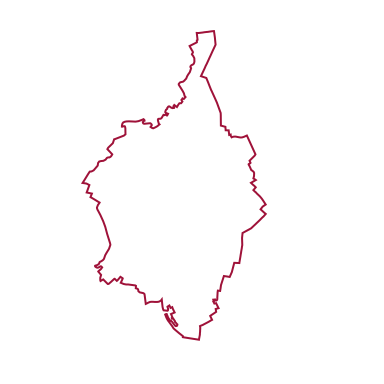 Nam Tu Liem, Ha Noi, Vietnam, rotated 46°
{"feature_id": "81297802B23821385944469", "entity_name": "Nam Tu Liem", "entity_type": "district", "adm_level": 2, "iso_a3": "VNM", "parent_name": "Vietnam", "parent_adm1": "Ha Noi", "projection": "albers", "projection_center": [105.76, 21.018], "detail": "fine", "context": "isolated", "style": "outline", "palette": "rose", "viewbox_px": 384, "rotation_deg": 46, "n_neighbors": 0, "source": "geoboundaries", "source_scale": "gbopen_adm2", "svg_char_len": 5910}
<svg xmlns="http://www.w3.org/2000/svg" viewBox="0 0 384 384"><g transform="rotate(46 192 192)"><path d="M91.5,64.4L91.4,64.5L89.7,66.7L87.8,69.4L87.2,70.1L86.3,71.3L85.6,72.2L84.8,73.4L82.3,76.7L80.9,78.1L86.4,82.3L86.3,83.2L87.7,84.5L87.5,85.3L85.3,92.3L86.2,92.6L89.9,93.6L90.7,93.7L92.1,94.2L92.5,95.1L92.8,96.4L93.1,96.5L95.1,96.7L97.4,97.4L99.9,99.7L100.7,101.0L101.0,102.0L100.9,102.8L100.4,104.3L100.5,105.7L100.9,106.3L102.3,106.6L103.4,108.6L104.3,110.4L104.8,113.1L105.4,115.2L106.4,117.4L106.5,119.7L106.6,120.1L106.4,121.9L105.7,123.0L104.9,124.3L105.0,126.3L105.6,127.0L107.5,127.4L110.4,128.0L113.1,128.6L115.5,129.3L117.7,130.6L119.2,130.7L119.4,133.3L118.1,133.8L118.5,135.4L118.5,135.7L120.3,136.1L120.6,138.1L120.0,138.8L119.4,139.4L119.4,139.5L119.8,141.7L120.2,142.9L120.2,143.1L120.4,143.8L119.0,144.0L117.8,144.2L117.1,144.3L117.4,145.8L119.0,146.2L119.1,146.4L119.0,146.7L118.5,147.1L118.0,147.9L116.4,148.5L115.0,148.7L114.7,148.8L114.2,149.4L114.1,149.9L114.3,150.7L114.3,151.3L114.9,152.0L114.9,152.7L114.8,153.5L115.0,154.1L115.6,155.3L116.0,155.8L116.7,155.9L119.1,154.9L119.7,156.7L119.4,157.0L118.0,157.0L117.7,158.3L116.7,158.9L117.0,160.1L117.6,162.3L117.6,163.2L117.4,163.8L116.3,165.0L116.0,165.5L116.3,166.3L117.0,166.9L119.8,168.4L120.8,168.4L120.7,169.2L120.6,171.1L120.2,172.8L119.6,174.7L119.5,174.9L119.2,175.7L118.0,176.3L116.4,176.6L116.1,174.8L115.9,174.4L115.1,174.1L114.3,174.1L113.5,174.3L112.6,175.4L109.8,178.9L109.4,179.2L108.7,179.4L107.5,178.8L107.5,177.0L107.7,176.6L107.0,176.2L105.9,176.3L105.4,177.7L103.9,181.2L102.2,183.7L97.4,188.2L95.8,190.0L94.8,191.5L94.2,193.1L94.4,194.4L95.4,196.1L96.3,197.0L96.7,196.6L97.4,195.1L98.2,194.7L99.0,195.1L99.9,195.7L104.3,199.8L104.1,201.9L100.7,210.0L100.4,210.7L100.0,211.4L101.9,215.0L101.9,221.5L102.4,223.1L109.5,223.2L109.8,224.1L110.1,225.5L110.0,226.5L109.8,227.3L108.9,228.3L108.5,229.1L108.4,229.7L108.5,230.4L108.7,231.7L108.0,234.1L106.5,236.0L105.6,237.6L105.9,239.4L107.5,241.5L108.1,247.7L107.4,250.0L106.3,251.4L106.9,254.1L108.7,261.1L109.5,264.4L112.7,262.0L115.7,261.0L119.2,268.1L123.6,265.1L125.2,268.6L126.8,268.1L130.9,267.0L134.1,266.2L135.4,265.8L135.6,266.4L136.0,268.7L136.9,270.6L137.1,271.1L137.8,271.7L139.2,272.3L140.4,272.6L141.1,272.8L144.9,273.9L151.4,276.2L156.8,278.6L163.3,282.2L168.5,284.8L171.9,286.5L173.3,287.4L175.2,291.1L176.4,295.7L177.2,298.4L178.3,300.5L179.0,302.0L179.1,303.4L178.8,305.3L178.3,306.8L178.3,307.3L178.6,307.8L179.1,309.1L178.9,310.2L178.4,311.8L177.8,312.6L177.8,313.1L178.1,313.3L178.8,313.4L180.0,313.1L181.0,312.4L181.5,311.2L181.8,309.7L182.1,309.2L182.5,309.0L183.8,309.0L184.2,311.0L184.1,312.5L184.0,314.3L184.1,314.7L188.5,315.0L190.0,317.6L191.8,319.3L192.5,319.6L193.2,316.6L199.6,316.5L200.2,315.8L200.4,312.6L200.5,308.3L200.7,307.9L203.7,307.8L203.8,307.0L203.6,305.2L203.5,304.1L203.4,303.4L203.3,302.4L205.9,301.8L206.1,301.9L206.5,302.9L206.8,303.6L207.5,305.5L207.8,306.3L210.8,305.0L212.8,303.6L214.1,302.2L219.8,297.7L220.6,297.5L222.2,299.3L223.9,298.4L224.7,298.5L226.2,299.5L227.9,299.3L230.7,297.4L231.6,297.1L232.4,297.1L233.3,297.7L240.4,303.0L240.6,302.5L241.2,300.4L241.9,298.6L242.6,297.7L243.7,296.5L245.5,294.9L246.9,293.4L247.8,292.2L248.3,290.9L248.5,289.6L248.3,288.4L251.6,291.0L254.2,293.0L256.2,294.2L257.4,294.6L259.8,292.6L260.4,292.1L260.4,291.5L259.5,290.3L257.5,289.4L257.5,289.2L257.9,287.1L260.5,287.9L260.9,286.8L261.1,286.2L262.6,286.9L266.6,288.2L265.2,291.9L266.1,292.2L268.6,293.2L268.6,294.1L269.3,294.3L269.8,293.4L273.1,294.0L273.7,294.5L274.8,294.4L276.6,294.6L277.1,294.5L277.5,295.0L277.8,295.8L277.6,296.3L277.2,296.8L276.6,297.0L274.8,296.9L271.8,296.5L270.1,296.5L269.7,297.1L267.7,296.8L266.0,296.5L264.7,296.0L262.2,295.0L261.8,295.5L261.6,295.9L261.5,296.4L262.7,296.9L264.1,297.5L265.9,298.1L267.9,298.6L269.2,298.7L269.7,298.8L275.0,299.5L277.1,300.0L277.5,300.0L279.1,299.9L284.9,299.3L287.0,299.0L289.5,298.7L290.1,299.4L291.2,298.6L303.1,289.6L302.4,288.7L301.7,287.7L300.3,285.7L300.0,285.3L299.7,285.1L299.3,284.6L299.1,284.4L297.9,283.0L297.3,282.4L297.0,282.1L296.4,281.4L296.1,281.2L295.9,280.9L295.6,280.5L294.0,279.4L294.4,278.3L295.2,276.4L295.2,276.2L296.2,272.8L297.0,270.0L297.1,269.6L297.2,269.0L297.4,268.4L297.5,267.8L297.6,267.4L297.9,266.4L293.8,265.0L293.9,264.5L293.9,264.0L294.1,263.0L294.5,260.8L295.0,257.9L292.6,256.2L294.0,253.6L288.7,251.9L287.8,253.4L285.5,252.7L285.8,251.9L284.3,251.4L285.3,250.1L285.9,250.5L286.4,250.3L287.0,249.8L287.1,249.3L286.7,248.3L286.2,247.8L285.6,247.2L281.7,243.0L280.9,241.9L282.7,240.5L281.0,238.2L279.1,235.8L274.6,227.4L278.3,224.6L279.3,223.9L277.3,219.0L272.3,210.8L276.0,207.3L275.6,206.8L274.7,205.6L272.2,202.2L270.9,200.5L269.6,198.7L269.1,198.1L267.0,195.2L266.1,194.1L265.1,192.7L259.8,187.9L259.4,187.4L256.6,184.1L259.2,174.7L259.3,164.1L259.3,162.7L259.2,159.9L259.2,158.4L259.3,157.8L259.1,155.4L259.0,154.2L257.0,154.4L252.1,154.7L251.6,151.3L252.2,147.7L247.6,146.8L246.4,146.6L245.1,146.4L242.3,146.2L237.9,146.4L236.7,146.3L235.2,146.5L233.3,146.5L233.3,146.3L232.9,142.9L232.3,142.9L230.8,142.9L229.2,143.1L226.4,143.2L227.7,137.8L226.5,138.0L224.9,138.4L223.7,136.4L221.5,134.1L220.6,133.8L220.5,133.7L219.6,133.7L218.5,133.9L218.0,133.9L217.4,134.1L217.0,134.0L213.6,132.7L211.6,132.2L211.4,132.0L211.3,131.8L211.4,131.5L211.8,130.0L211.7,129.8L211.6,129.6L209.5,128.9L209.4,121.8L209.1,120.5L209.0,120.2L189.5,113.3L188.4,116.3L187.5,118.1L186.3,119.4L184.8,120.5L182.5,122.1L181.5,123.1L180.8,124.1L180.4,124.9L180.2,125.5L178.5,125.1L177.5,124.3L176.8,125.6L173.1,122.8L171.0,124.9L168.3,122.7L164.3,125.1L156.8,118.0L155.1,116.5L145.0,112.0L140.6,110.4L132.4,107.5L132.2,107.5L127.8,105.7L124.2,104.2L119.9,102.5L114.9,105.1L111.7,96.7L110.8,94.6L110.1,92.5L108.5,88.4L107.5,85.9L106.9,84.3L105.0,79.5L102.6,73.2L102.4,72.7L96.6,68.1L91.5,64.4Z" fill="none" stroke="#9f1239" stroke-width="2"/></g></svg>